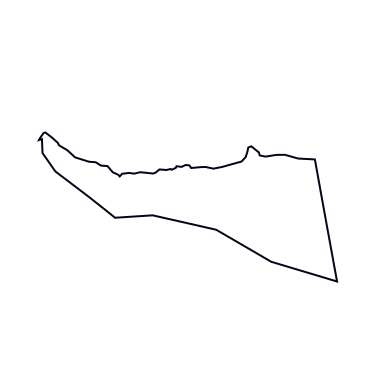 Ti Delcer, Soufrière, Saint Lucia, rotated 282°
{"feature_id": "8701671B68975897642122", "entity_name": "Ti Delcer", "entity_type": "district", "adm_level": 2, "iso_a3": "LCA", "parent_name": "Saint Lucia", "parent_adm1": "Soufrière", "projection": "albers", "projection_center": [-61.052, 13.833], "detail": "fine", "context": "isolated", "style": "outline", "palette": "ink", "viewbox_px": 384, "rotation_deg": 282, "n_neighbors": 0, "source": "geoboundaries", "source_scale": "gbopen_adm2", "svg_char_len": 1007}
<svg xmlns="http://www.w3.org/2000/svg" viewBox="0 0 384 384"><g transform="rotate(282 192 192)"><path d="M150.8,122.0L161.0,158.4L160.1,223.5L140.2,284.1L134.6,352.5L195.9,327.3L249.0,305.6L249.4,305.4L246.8,288.9L247.7,275.2L245.9,267.0L241.9,256.5L241.9,250.6L244.6,249.2L249.0,240.5L247.2,237.8L242.8,237.8L237.5,237.3L235.5,236.2L232.1,234.1L222.8,216.3L219.3,208.1L219.3,200.3L218.4,196.2L215.3,186.2L217.5,183.9L217.1,180.2L214.4,176.6L214.0,171.5L212.2,171.1L209.5,167.4L210.0,166.1L208.2,162.4L207.3,155.5L203.3,152.3L202.0,150.1L201.9,149.6L201.5,145.5L200.6,137.3L198.0,131.8L197.5,126.3L195.3,119.9L192.2,118.1L193.5,116.3L194.9,110.3L199.8,103.9L198.9,97.5L201.1,91.6L200.2,85.2L200.3,83.6L201.4,72.2L201.5,70.6L206.9,61.4L207.1,60.8L210.0,52.3L210.4,51.9L212.2,50.5L213.9,47.5L215.7,44.5L219.7,36.3L219.3,35.4L218.9,34.6L212.8,32.0L212.5,31.9L211.0,31.5L212.5,34.2L199.0,37.7L183.7,54.1L165.4,92.9L152.3,119.2L151.0,121.8L150.8,122.0Z" fill="none" stroke="#020617" stroke-width="2"/></g></svg>